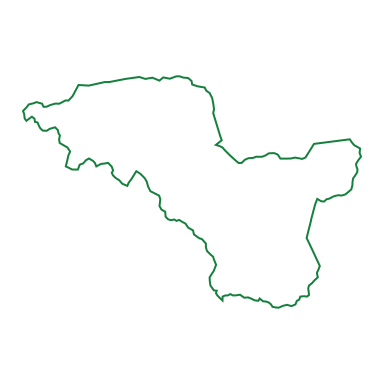 Riachinho, Tocantins, Brazil
{"feature_id": "56859067B22428854135071", "entity_name": "Riachinho", "entity_type": "district", "adm_level": 2, "iso_a3": "BRA", "parent_name": "Brazil", "parent_adm1": "Tocantins", "projection": "mercator", "projection_center": [-48.146, -6.475], "detail": "fine", "context": "isolated", "style": "outline", "palette": "green", "viewbox_px": 384, "rotation_deg": 0, "n_neighbors": 0, "source": "geoboundaries", "source_scale": "gbopen_adm2", "svg_char_len": 2813}
<svg xmlns="http://www.w3.org/2000/svg" viewBox="0 0 384 384"><path d="M28.8,104.4L26.4,107.5L23.0,111.0L24.1,113.8L24.7,118.5L26.4,120.8L28.7,119.0L31.9,116.7L34.5,118.7L35.0,121.9L37.5,122.4L39.0,126.0L40.3,128.3L42.7,130.6L46.7,130.8L49.6,128.9L55.1,127.3L57.9,130.2L58.5,133.2L59.9,135.5L59.1,139.4L59.7,143.0L67.5,147.5L70.1,151.6L68.4,155.4L67.1,161.2L65.8,166.4L68.8,167.8L72.1,169.5L77.9,169.5L79.7,164.7L83.2,163.4L86.0,160.2L88.9,158.5L92.9,160.8L94.9,162.9L96.3,166.4L101.1,163.9L104.7,163.5L108.2,162.9L111.7,166.6L113.1,170.4L111.8,172.8L112.9,175.3L115.7,178.0L119.3,180.3L122.2,183.7L127.3,185.9L128.7,182.7L131.4,179.1L136.3,171.2L140.5,173.9L144.9,178.4L146.8,181.8L148.0,186.4L150.4,191.2L159.1,195.6L160.3,199.2L159.5,206.1L161.5,209.6L165.2,211.7L165.6,216.7L168.1,219.3L171.1,220.2L174.2,219.5L176.6,220.9L179.1,219.9L182.3,221.9L185.5,223.6L188.1,227.6L193.0,230.4L194.0,234.5L199.3,238.3L201.8,239.0L205.9,243.6L205.9,247.2L207.0,251.0L210.5,254.5L213.1,256.7L214.0,259.7L216.1,264.7L215.0,267.7L213.6,271.2L211.4,274.5L209.6,277.4L209.8,281.1L210.4,285.5L213.9,290.4L216.7,290.7L216.0,293.3L217.5,295.6L219.6,297.8L222.5,300.5L222.6,296.6L225.1,295.5L227.9,295.4L230.3,294.1L232.8,295.4L235.9,295.4L240.0,294.7L244.2,297.7L248.1,297.4L251.7,298.8L254.6,300.3L258.4,300.8L259.7,298.5L263.0,301.3L266.3,301.6L268.9,302.6L271.0,304.4L272.5,306.8L275.3,307.4L278.6,307.7L283.1,305.8L287.0,304.8L291.4,306.1L295.4,304.5L296.8,300.9L299.2,299.6L300.3,296.6L304.0,296.2L307.0,296.6L309.0,295.0L308.6,291.1L308.2,288.4L309.0,285.5L312.0,283.2L314.5,280.3L317.8,277.4L316.9,272.9L318.7,269.0L319.8,266.0L312.0,249.2L306.6,238.0L310.8,221.4L311.4,218.5L315.0,204.9L316.2,201.6L317.3,198.9L321.2,201.3L324.1,201.5L326.5,199.3L329.4,198.6L332.7,196.8L335.8,195.7L338.7,195.2L341.3,195.6L345.2,194.5L348.2,192.1L351.3,189.4L352.4,185.2L352.5,182.2L353.1,178.4L355.3,175.3L357.2,172.3L357.5,169.4L356.5,166.7L356.0,164.0L358.1,160.5L361.0,156.7L359.6,153.0L360.1,148.5L356.6,146.5L354.2,145.2L351.7,142.2L349.8,139.3L314.0,143.9L305.5,157.5L302.2,158.9L295.1,157.6L290.8,158.5L286.3,158.6L280.4,158.6L277.8,154.6L274.2,153.1L268.9,153.3L265.5,155.4L262.3,156.7L259.0,156.8L256.1,156.7L253.2,157.9L248.5,158.2L244.9,159.7L241.7,162.9L238.6,163.0L235.6,160.5L230.3,155.7L224.9,150.3L222.5,147.5L219.6,146.1L215.9,144.9L221.7,140.3L219.9,135.1L213.2,113.1L214.0,109.2L213.3,103.9L212.2,98.2L209.7,93.1L206.3,90.7L204.7,87.5L197.5,86.3L192.2,84.5L191.5,80.9L188.1,78.0L183.3,77.6L179.6,76.3L176.4,76.3L169.8,78.7L163.3,77.4L159.4,80.6L152.4,77.7L145.4,78.9L139.3,77.0L125.6,78.9L109.5,82.0L104.6,82.1L88.7,85.6L78.5,85.0L72.6,96.1L68.4,100.6L65.6,100.4L59.3,103.7L55.3,103.6L50.4,105.0L46.6,106.7L43.5,106.8L42.1,103.7L36.5,102.1L33.8,103.2L28.8,104.4Z" fill="none" stroke="#15803d" stroke-width="2"/></svg>